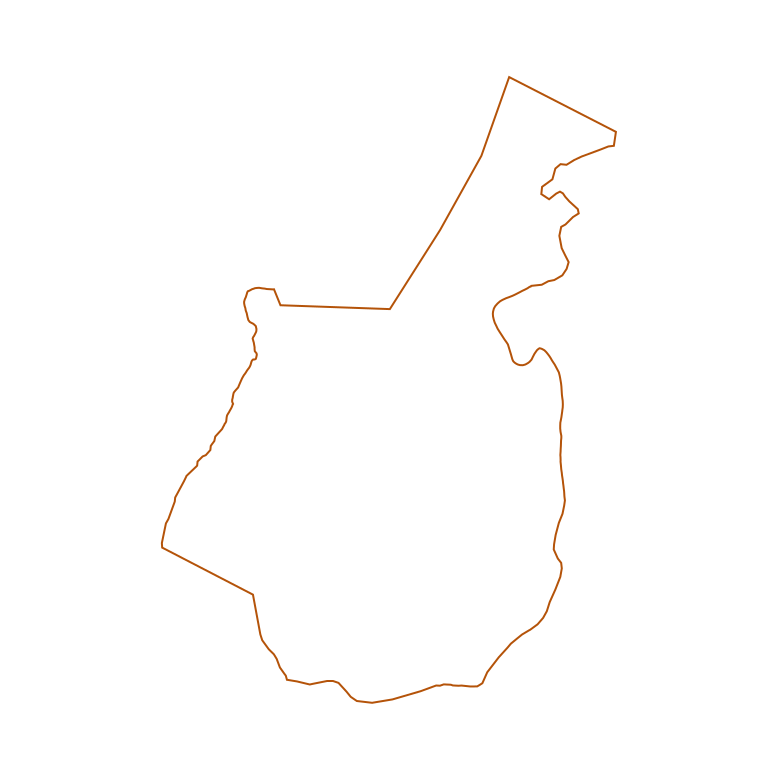 outline of Hope Estate, Vieux Fort, Saint Lucia, rotated 186°
{"feature_id": "8701671B78477528803813", "entity_name": "Hope Estate", "entity_type": "district", "adm_level": 2, "iso_a3": "LCA", "parent_name": "Saint Lucia", "parent_adm1": "Vieux Fort", "projection": "albers", "projection_center": [-60.958, 13.763], "detail": "fine", "context": "isolated", "style": "outline", "palette": "amber", "viewbox_px": 768, "rotation_deg": 186, "n_neighbors": 0, "source": "geoboundaries", "source_scale": "gbopen_adm2", "svg_char_len": 4454}
<svg xmlns="http://www.w3.org/2000/svg" viewBox="0 0 768 768"><g transform="rotate(186 384 384)"><path d="M291.6,702.3L311.0,621.1L344.3,543.0L358.3,514.8L386.0,459.1L495.2,451.5L503.3,466.7L504.1,466.5L506.3,466.4L508.5,466.3L510.5,466.2L512.5,466.4L514.7,466.4L515.3,466.4L516.7,466.5L518.3,466.6L520.1,466.3L520.6,466.2L522.3,465.8L523.7,465.1L525.1,464.5L527.7,462.7L529.1,462.0L529.6,460.8L529.9,459.0L530.5,456.0L530.7,455.4L531.3,453.6L531.7,451.3L531.6,450.0L531.3,448.8L530.7,446.9L529.8,444.9L529.6,444.1L529.2,442.7L528.5,441.2L528.2,440.7L527.8,439.7L527.6,439.0L526.7,436.2L526.0,434.5L525.7,433.6L525.4,433.2L524.0,431.7L522.4,431.0L520.7,430.4L519.5,429.7L519.1,429.4L517.5,428.1L517.1,426.8L516.6,425.4L516.5,423.5L516.6,422.7L516.9,421.7L517.2,421.0L517.3,420.7L518.3,418.1L518.8,417.4L519.4,415.6L519.1,414.7L518.7,413.8L518.4,412.9L517.9,411.8L517.2,409.3L517.0,408.6L516.8,407.9L516.5,406.8L516.5,406.3L516.3,404.9L516.1,404.0L515.9,403.1L514.0,401.2L513.6,400.1L513.6,398.8L513.7,398.4L513.8,397.3L514.1,395.6L514.5,395.3L515.1,394.9L516.7,394.7L517.2,394.1L517.7,393.6L518.1,392.5L518.2,392.0L518.5,390.3L518.6,389.5L518.9,388.4L519.2,387.5L519.8,386.1L520.5,385.0L521.5,383.3L522.2,381.9L522.5,381.2L523.3,379.7L524.3,378.1L525.7,374.9L526.6,372.2L527.3,370.0L528.0,367.7L528.7,365.3L529.5,364.2L531.1,362.0L532.0,360.6L532.5,359.8L532.8,358.1L532.9,356.3L533.0,355.9L533.0,354.6L533.3,352.7L533.3,352.1L533.2,351.0L533.1,350.4L532.8,349.9L532.3,348.9L532.0,348.4L532.4,347.6L532.6,346.5L533.0,345.1L533.6,343.5L534.5,341.5L535.3,339.5L535.7,338.8L536.4,337.3L536.8,336.3L537.0,334.5L537.0,333.6L537.0,331.3L537.1,330.0L537.7,328.6L538.5,327.2L538.7,326.2L539.3,325.0L539.9,323.4L540.3,322.3L543.6,317.8L546.3,314.1L546.8,309.5L548.9,306.0L549.8,304.3L549.8,300.2L551.0,298.5L553.8,294.6L555.3,293.8L556.8,293.0L561.3,287.4L561.3,283.3L561.8,282.6L570.8,272.0L571.2,270.7L572.8,266.3L578.3,252.9L579.8,249.3L579.8,245.2L584.3,227.2L586.3,222.6L588.3,202.6L587.5,198.1L492.3,160.8L480.8,122.0L478.3,116.4L472.9,110.4L470.9,108.2L469.7,107.2L465.3,103.7L462.0,99.4L459.2,93.8L457.9,91.2L452.8,85.4L451.2,83.7L449.6,79.7L439.4,79.1L436.4,78.7L426.4,77.4L424.0,78.2L409.5,82.7L403.7,83.3L398.0,82.0L389.1,74.1L384.6,69.6L384.2,69.3L377.9,65.9L362.4,65.7L361.8,65.9L342.6,71.2L315.5,82.3L300.6,89.6L296.8,89.8L293.2,91.5L286.1,91.9L284.0,91.4L278.3,91.7L275.4,92.2L266.4,92.2L259.7,93.0L257.4,94.7L254.9,96.7L251.2,108.1L241.3,124.2L233.6,134.7L230.7,139.0L224.6,145.2L220.5,149.3L214.1,154.1L212.9,154.9L206.1,161.1L201.3,168.0L198.3,175.1L196.4,184.4L192.1,197.5L188.5,210.6L187.9,219.2L189.1,224.6L192.9,228.6L197.9,237.2L198.1,242.4L197.5,251.9L195.6,264.1L192.9,273.6L192.1,281.9L191.9,287.1L192.7,290.5L192.9,291.5L193.3,294.0L193.7,296.3L194.4,299.2L194.9,301.5L195.5,303.9L196.0,306.4L196.6,308.8L197.4,311.8L197.9,314.2L198.8,317.7L199.6,321.9L200.3,325.2L200.4,326.7L200.8,329.7L201.2,331.8L201.3,335.1L201.5,338.0L201.6,340.6L201.8,343.4L202.0,346.2L202.0,348.8L202.2,350.9L203.4,354.8L204.1,358.1L204.4,361.0L204.6,364.0L204.4,365.9L204.1,369.6L204.0,372.8L203.9,375.2L203.9,376.8L203.8,379.4L204.0,382.4L204.5,385.9L205.2,388.7L205.9,391.7L206.3,394.0L206.8,397.0L207.3,400.0L208.0,403.2L209.4,408.2L210.1,410.5L211.3,413.8L214.1,418.0L216.2,421.1L218.6,424.0L219.7,425.4L220.9,427.1L222.6,429.2L224.3,431.0L226.0,432.7L228.0,434.3L230.3,435.3L231.8,435.7L233.1,435.8L234.1,435.0L235.4,433.6L236.3,432.0L237.5,429.8L238.8,426.5L239.8,423.7L241.6,421.2L243.0,419.9L244.8,418.6L245.6,418.1L247.9,417.2L250.7,417.0L252.7,417.3L254.4,417.9L256.3,418.9L257.8,420.1L258.9,421.9L260.0,424.6L260.9,426.9L261.8,429.0L263.4,432.8L264.9,436.3L266.6,438.4L269.0,441.1L271.3,444.0L274.3,447.7L276.8,450.9L278.3,453.4L280.3,456.6L281.6,459.6L282.6,462.5L283.1,465.2L283.1,467.4L282.6,470.6L281.5,473.1L279.5,475.9L277.2,478.4L275.0,480.0L271.5,482.1L269.0,483.3L265.5,485.1L263.0,486.6L261.0,487.9L258.4,489.6L256.2,491.1L253.9,492.5L251.3,494.2L249.3,495.9L248.3,496.2L247.8,497.0L237.5,499.2L231.3,503.4L225.5,505.2L218.0,510.7L214.4,517.6L213.1,524.5L217.5,531.3L221.5,537.7L225.1,549.7L224.2,558.8L220.2,561.6L213.5,569.8L208.2,574.0L209.5,578.1L218.8,585.0L223.3,589.1L226.0,592.3L229.1,593.7L232.6,591.4L239.1,585.0L247.4,589.3L247.4,596.6L237.9,605.2L236.1,616.2L231.4,621.1L225.4,621.1L218.3,626.6L211.2,630.9L192.8,640.0L185.7,643.7L180.3,644.9L179.7,659.0L291.6,702.3Z" fill="none" stroke="#b45309" stroke-width="2"/></g></svg>